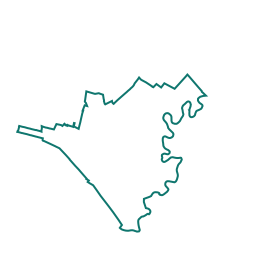 the district of Filipesti, Bacau, Romania, rotated 44°
{"feature_id": "2599482B19318854106378", "entity_name": "Filipesti", "entity_type": "district", "adm_level": 2, "iso_a3": "ROU", "parent_name": "Romania", "parent_adm1": "Bacau", "projection": "orthographic", "projection_center": [26.901, 46.775], "detail": "fine", "context": "isolated", "style": "outline", "palette": "teal", "viewbox_px": 256, "rotation_deg": 44, "n_neighbors": 0, "source": "geoboundaries", "source_scale": "gbopen_adm2", "svg_char_len": 5852}
<svg xmlns="http://www.w3.org/2000/svg" viewBox="0 0 256 256"><g transform="rotate(44 128 128)"><path d="M191.5,205.5L192.6,205.5L194.2,205.2L196.1,204.3L197.9,203.2L199.6,201.7L201.2,199.5L202.4,198.3L203.6,197.6L204.6,197.2L205.5,196.7L206.4,196.3L207.7,194.8L207.6,193.8L207.3,193.2L204.6,191.6L203.0,190.5L201.5,189.3L200.3,188.2L199.5,187.2L199.2,186.1L199.3,184.6L199.3,183.2L199.6,182.0L200.5,180.9L201.3,178.4L201.5,177.1L201.7,176.3L202.1,175.8L203.0,175.5L203.1,174.9L202.8,173.8L202.5,173.0L201.9,172.3L201.1,171.9L200.3,171.8L199.3,171.8L198.1,172.2L196.5,173.2L190.8,170.2L188.7,167.9L189.8,165.6L190.8,163.6L191.6,161.8L191.9,160.8L191.7,160.2L191.5,159.1L191.3,158.3L191.3,157.5L191.3,157.0L191.6,156.1L192.0,155.5L192.7,154.8L193.8,153.9L194.7,153.4L195.3,153.2L195.8,153.2L196.1,153.3L196.3,153.8L196.9,153.9L197.5,153.8L198.0,153.5L198.9,152.9L199.4,152.3L199.5,152.0L199.9,150.5L200.3,147.4L200.4,146.9L200.2,145.1L199.9,144.4L199.7,144.1L199.3,143.9L198.3,143.7L195.5,143.5L194.6,143.2L194.1,142.8L193.6,142.3L193.0,141.3L192.9,140.7L192.9,139.8L193.1,139.3L193.4,138.8L193.8,138.4L194.9,137.5L195.6,137.1L196.3,136.6L197.1,136.1L199.1,134.8L199.3,134.4L199.5,133.6L199.5,133.0L199.3,132.1L198.8,130.8L198.6,130.4L197.5,128.4L197.1,127.8L196.0,126.8L195.0,126.2L193.1,125.1L192.2,124.3L191.7,123.7L191.4,123.2L190.0,120.3L189.7,119.3L189.6,118.4L189.6,117.8L189.6,116.5L189.5,115.9L189.3,115.3L189.1,114.9L189.0,114.4L188.6,113.4L187.6,112.8L187.0,112.6L186.7,112.7L186.3,113.0L185.6,114.0L184.6,115.1L183.4,116.1L181.9,117.1L180.5,117.9L179.9,118.6L179.2,119.7L179.2,120.1L179.2,120.5L179.1,121.2L179.0,122.6L179.0,123.0L178.2,126.2L177.7,127.2L177.2,127.6L176.9,127.7L176.2,127.9L175.4,127.8L174.3,127.3L173.9,126.9L173.6,126.0L173.2,125.4L172.9,125.2L172.2,124.9L171.7,124.5L171.2,123.9L171.1,123.6L171.1,123.4L171.4,122.3L171.5,121.9L171.9,121.3L172.4,120.8L173.5,120.2L174.3,119.7L174.8,119.3L175.0,119.1L175.2,118.4L175.3,117.7L175.3,117.3L175.2,117.0L174.8,116.4L174.4,116.0L174.1,115.9L172.9,115.9L172.0,116.0L171.1,116.4L170.3,116.6L169.6,116.8L169.0,116.9L168.3,116.9L166.8,116.6L166.2,116.4L165.7,116.1L163.7,114.4L162.7,113.7L161.5,112.7L160.4,111.5L160.1,111.1L159.9,110.5L159.7,109.9L159.8,109.4L160.1,108.7L160.4,108.3L161.4,107.8L163.0,107.3L163.8,107.0L164.8,106.4L165.2,106.0L165.4,105.6L165.8,104.8L166.0,104.3L166.0,103.8L166.1,103.1L166.0,102.5L165.6,101.8L165.1,101.1L165.0,100.9L164.5,100.6L163.6,100.3L161.6,100.3L159.6,100.3L158.5,100.3L157.3,100.1L156.7,100.0L156.0,99.4L153.6,98.2L152.9,97.9L151.3,97.6L148.8,97.4L148.2,97.3L147.9,97.2L147.1,96.8L146.5,96.4L146.0,95.8L145.4,94.6L144.9,93.4L144.9,92.1L145.0,91.5L145.2,91.0L145.7,90.3L146.3,89.7L147.1,89.3L149.2,89.1L150.2,89.2L151.0,89.5L151.7,90.0L153.4,91.7L154.3,92.6L154.8,92.9L155.2,93.2L156.0,93.4L156.8,93.4L158.7,92.5L159.2,92.0L159.8,91.5L160.0,91.0L160.3,90.5L160.5,88.7L160.5,87.6L160.5,87.0L160.4,86.5L160.0,85.3L159.5,83.5L159.2,81.4L158.8,80.5L158.5,79.9L158.1,79.5L156.7,78.7L154.9,77.3L153.1,76.2L152.7,75.6L152.1,74.1L152.0,72.8L152.1,72.3L152.2,71.6L152.3,68.4L152.5,67.7L152.8,67.2L153.0,67.0L153.2,66.8L154.0,66.5L154.7,66.5L155.0,66.5L156.5,67.3L156.8,67.4L158.0,69.1L159.0,71.3L159.5,72.2L160.0,72.7L159.9,72.8L160.2,72.9L160.4,73.1L162.1,75.0L163.4,76.2L163.7,76.3L164.4,76.6L164.6,76.6L165.3,76.6L165.8,76.4L166.0,76.2L166.5,75.7L166.8,75.1L167.1,74.5L167.3,73.6L167.2,72.2L167.0,71.8L166.4,70.9L165.6,68.9L165.5,68.5L165.6,67.7L166.6,65.4L167.1,63.9L167.2,63.7L167.2,63.0L167.1,62.3L166.7,61.3L166.4,60.5L166.2,60.3L165.8,60.0L165.3,59.8L164.0,59.9L162.3,60.2L161.6,60.2L160.4,60.0L159.4,59.7L159.0,59.4L158.5,58.8L158.1,58.4L158.0,58.1L158.0,57.1L158.1,56.4L158.3,55.3L158.6,54.8L159.1,53.9L159.9,52.6L161.6,50.6L157.2,50.6L156.2,50.7L155.8,50.6L155.4,50.2L150.2,49.8L136.5,48.5L133.6,48.3L133.8,51.0L134.1,60.3L134.3,67.4L123.1,70.6L123.7,75.8L117.9,76.6L117.9,81.0L116.9,81.2L116.9,81.4L114.9,81.6L109.1,82.7L108.1,83.0L106.0,83.6L104.2,84.1L103.5,84.2L100.9,84.0L101.3,86.3L101.8,91.3L102.4,93.0L102.6,94.3L102.6,95.7L102.4,98.0L102.5,98.4L102.2,101.2L102.1,103.1L101.9,105.2L101.4,111.2L101.3,112.5L101.1,114.9L100.9,119.1L100.9,120.6L100.2,120.7L99.8,120.7L98.8,120.4L98.1,120.0L97.7,119.7L95.2,126.8L94.8,126.8L94.3,126.7L92.8,125.8L92.1,125.5L91.5,124.7L91.2,124.5L90.3,124.0L86.9,121.4L83.6,123.0L82.9,123.2L82.5,123.7L80.8,126.1L80.2,126.6L72.6,130.6L77.9,137.9L78.3,138.7L78.6,138.9L79.2,139.1L80.3,139.2L83.3,140.6L81.1,141.8L83.3,147.0L83.7,146.7L85.0,149.3L88.2,154.6L89.7,157.0L91.5,160.2L93.1,162.9L87.9,164.5L86.2,161.6L85.7,161.9L87.8,165.3L87.6,165.4L87.2,165.5L84.1,167.2L83.6,167.3L83.5,167.6L83.2,167.7L83.1,168.0L83.0,168.3L82.6,168.1L82.6,168.6L82.1,168.5L82.0,168.9L81.8,169.0L81.7,168.9L81.4,169.3L81.1,169.3L81.0,168.9L80.8,168.9L80.5,169.5L80.2,169.6L79.9,169.4L79.4,169.2L79.3,169.9L79.4,170.1L79.4,172.1L78.0,172.3L76.6,173.1L73.8,174.9L75.7,180.5L72.8,182.2L72.1,182.7L69.7,184.0L68.4,184.9L66.4,185.9L64.6,186.6L64.9,186.9L65.1,187.1L65.6,187.3L66.7,188.7L66.9,189.0L67.0,189.3L67.1,189.5L68.3,190.7L67.8,190.9L66.4,191.6L64.3,192.8L63.7,193.0L62.9,193.7L59.0,196.0L58.3,196.3L55.7,197.9L53.2,199.2L51.2,200.5L48.3,202.1L48.7,202.9L49.1,203.2L49.4,203.6L49.6,204.1L50.6,205.7L50.6,206.0L50.6,206.3L50.6,206.6L51.1,207.7L52.8,206.6L55.1,205.4L55.9,204.8L56.7,204.4L59.5,202.7L62.9,200.9L63.6,200.4L63.9,200.2L64.5,200.0L64.9,199.7L68.0,198.0L68.4,197.7L69.4,197.2L73.9,194.6L74.2,195.1L75.0,196.1L75.7,196.2L75.9,196.1L76.6,195.7L82.6,193.6L88.2,191.7L89.2,191.4L92.8,190.2L101.9,190.6L107.6,191.0L107.8,191.2L116.5,191.9L121.3,192.1L124.4,192.4L133.6,193.2L133.6,193.6L136.3,193.0L136.5,194.8L139.1,194.3L139.8,194.1L142.7,193.4L143.8,193.6L148.7,194.5L153.8,195.5L155.2,195.8L168.3,197.7L175.7,198.9L185.1,200.7L191.0,202.0L191.5,205.5Z" fill="none" stroke="#0f766e" stroke-width="2"/></g></svg>